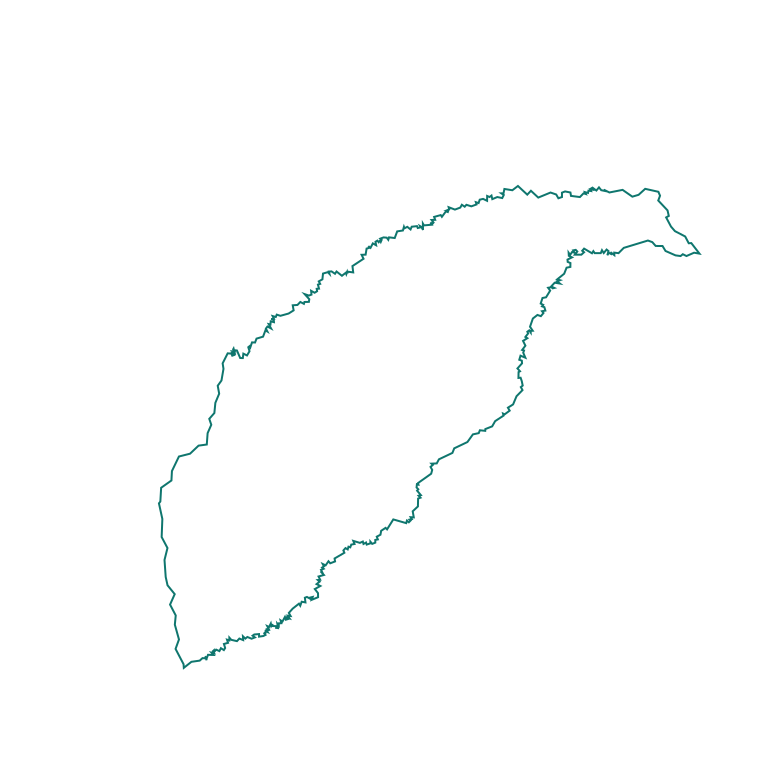 Paz De Ariporo, Casanare, Colombia (Natural Earth projection), rotated 141°
{"feature_id": "7082276B32488030547396", "entity_name": "Paz De Ariporo", "entity_type": "district", "adm_level": 2, "iso_a3": "COL", "parent_name": "Colombia", "parent_adm1": "Casanare", "projection": "natural_earth1", "projection_center": [-71.123, 5.772], "detail": "fine", "context": "isolated", "style": "outline", "palette": "teal", "viewbox_px": 768, "rotation_deg": 141, "n_neighbors": 0, "source": "geoboundaries", "source_scale": "gbopen_adm2", "svg_char_len": 6131}
<svg xmlns="http://www.w3.org/2000/svg" viewBox="0 0 768 768"><g transform="rotate(141 384 384)"><path d="M701.3,285.0L697.6,285.2L695.1,282.9L695.7,281.0L694.5,282.8L694.9,284.9L693.7,282.8L691.2,284.3L687.0,280.7L687.1,283.7L685.5,281.7L685.2,284.0L683.7,284.1L684.6,282.7L681.6,283.2L680.0,280.0L677.0,281.3L675.9,278.0L673.6,278.8L672.0,282.7L668.1,281.0L666.9,284.1L665.6,282.1L663.8,284.2L663.7,281.3L660.1,276.7L656.6,277.2L654.6,273.6L652.4,276.7L652.0,273.4L649.4,273.4L647.2,269.4L643.8,268.3L644.5,271.1L642.5,271.0L638.5,268.3L640.1,266.3L636.4,264.1L634.1,263.6L633.9,266.5L633.5,264.4L631.6,266.4L630.5,264.4L630.1,267.0L629.0,267.9L629.8,266.1L628.0,265.2L627.1,269.3L626.2,267.5L622.7,269.1L623.9,266.8L621.7,267.5L623.1,266.2L620.0,263.5L621.3,262.4L620.0,261.0L617.8,264.7L617.8,262.5L616.4,264.2L614.3,262.7L613.1,265.4L612.4,263.3L607.6,265.3L608.6,262.6L606.6,261.8L606.9,264.7L604.9,261.4L604.6,264.5L602.6,262.5L602.0,266.0L596.3,266.9L588.3,266.8L588.6,264.4L585.0,266.6L582.5,263.7L580.0,267.7L577.9,267.0L576.2,262.8L576.0,264.6L573.4,263.4L576.1,261.8L569.4,259.8L566.9,263.0L566.8,268.2L560.6,267.1L562.3,270.9L558.4,270.9L558.8,273.3L556.8,272.0L556.0,275.6L550.9,273.4L551.2,278.3L550.5,276.5L549.9,279.2L547.2,278.4L547.6,280.3L545.5,280.1L544.9,282.7L543.5,279.8L538.7,281.2L538.6,278.5L533.7,276.9L532.2,279.5L521.0,277.8L520.3,280.2L517.2,280.7L516.3,278.3L514.0,279.9L513.0,278.3L510.5,279.8L507.6,278.2L506.6,281.4L502.7,275.7L499.6,274.9L500.6,272.6L497.7,272.1L498.5,270.1L494.8,268.7L493.8,270.0L493.8,267.2L490.6,266.2L488.9,268.3L486.6,267.1L485.7,269.9L481.6,269.1L478.6,271.7L473.3,271.2L473.1,269.1L462.0,272.9L454.3,261.9L452.2,263.4L451.7,260.9L449.1,261.2L449.4,262.5L447.4,261.5L447.1,263.7L444.8,261.6L441.8,267.0L434.7,267.5L429.6,273.5L427.2,272.7L427.4,275.4L425.3,274.4L425.4,280.3L423.6,280.6L423.8,283.1L421.5,285.4L420.6,284.1L419.8,285.6L403.8,284.6L400.6,286.9L400.0,290.3L397.0,290.4L397.2,292.2L393.0,289.1L388.7,290.9L374.2,287.4L369.9,289.8L355.7,286.4L346.6,288.9L341.3,286.2L338.6,287.7L334.8,283.9L333.6,285.2L326.6,283.0L321.0,285.2L311.0,284.2L310.1,286.1L309.3,284.5L303.1,284.2L302.6,287.6L296.5,286.9L288.7,291.1L280.2,292.1L279.6,295.5L277.2,295.5L275.1,299.6L273.9,302.9L275.7,304.1L271.9,308.6L270.3,308.3L270.5,312.1L263.7,313.2L262.2,315.4L263.6,317.7L260.1,320.1L257.6,315.5L256.1,320.7L254.1,321.9L255.2,323.5L250.0,324.8L248.8,330.0L243.8,329.4L244.5,331.6L240.1,332.6L239.7,334.4L237.4,334.3L237.6,331.7L236.6,333.0L234.9,331.8L234.5,336.6L227.1,341.2L221.3,341.1L219.4,338.0L215.4,338.8L215.4,341.1L212.4,339.5L211.0,342.8L212.3,344.9L210.5,345.3L211.6,347.9L206.7,351.1L203.5,349.4L196.1,352.0L195.9,355.5L193.0,353.9L192.7,352.2L191.2,351.5L192.7,354.6L187.6,355.3L184.1,351.4L184.9,354.9L181.9,353.9L183.5,356.3L174.6,356.3L168.9,359.5L165.5,357.7L163.0,360.7L164.4,363.3L163.1,365.2L158.2,364.1L159.7,367.3L157.9,369.8L158.1,367.2L154.8,368.2L153.3,366.2L152.9,368.8L150.6,367.6L150.4,365.3L154.3,364.4L149.2,360.3L145.6,360.5L146.1,362.8L143.3,363.3L140.1,354.7L137.7,355.5L137.9,353.1L133.2,349.3L130.4,350.8L130.8,347.5L126.4,348.4L125.9,346.0L129.4,343.5L126.7,344.5L125.3,341.1L125.0,343.9L123.9,339.2L122.4,341.2L119.4,338.1L112.0,338.9L88.6,329.4L86.2,325.4L86.0,320.3L80.7,316.0L81.5,310.2L76.5,300.5L73.0,296.8L70.1,296.8L68.4,293.1L60.4,290.9L56.8,286.8L56.5,300.1L58.6,301.6L57.1,309.1L61.7,319.7L61.9,325.7L59.9,335.9L56.9,335.4L54.4,340.5L55.4,354.0L51.0,356.6L49.8,360.7L58.2,371.3L67.1,370.8L73.1,373.3L76.4,384.7L88.3,391.0L90.9,396.7L91.0,395.2L93.2,397.9L93.2,401.5L97.2,400.7L98.4,405.4L99.9,405.6L99.8,403.9L101.3,405.5L101.7,403.7L103.4,405.6L105.2,404.1L107.1,406.7L107.6,404.6L108.9,406.6L114.1,406.0L120.3,412.5L118.6,415.5L122.1,419.7L125.3,420.7L128.0,417.3L131.6,418.6L130.9,422.9L134.1,428.0L146.8,431.8L148.2,441.7L153.5,441.0L155.3,453.6L162.3,453.8L167.7,459.8L171.1,457.0L172.8,458.3L172.0,455.5L175.1,454.1L178.3,458.0L183.5,459.5L181.9,462.8L184.3,462.9L185.5,465.2L188.6,461.5L190.5,465.5L193.6,467.0L196.6,465.1L198.2,467.5L199.1,465.3L204.3,467.1L207.2,471.4L209.7,471.0L210.7,474.3L213.7,473.1L219.1,474.9L222.5,480.7L223.4,478.7L225.9,479.4L224.9,478.3L226.2,477.5L227.2,479.2L233.8,477.5L233.6,479.6L239.9,482.3L240.9,479.4L243.8,481.5L243.9,478.3L245.5,478.0L246.3,480.2L246.6,477.7L253.1,482.1L252.8,484.2L256.7,479.2L256.1,482.7L256.6,484.0L256.9,482.7L259.6,484.0L259.0,485.9L263.5,488.8L266.1,487.4L267.0,491.5L270.1,492.1L269.6,493.6L272.7,491.4L277.7,494.3L283.8,490.7L287.8,494.8L289.9,493.4L289.8,496.0L292.1,498.2L295.4,499.3L295.1,497.5L297.0,496.5L296.6,498.0L298.9,497.5L298.9,499.6L301.1,499.9L302.8,496.8L304.2,500.3L308.8,498.3L309.4,501.0L309.4,498.9L312.3,500.2L316.9,496.1L320.1,498.5L321.1,494.2L334.3,495.5L337.7,490.1L341.4,494.0L342.7,493.0L342.1,494.3L344.1,493.1L343.6,494.5L348.6,494.6L350.1,501.3L352.7,500.5L353.9,504.5L356.1,506.1L357.1,503.9L357.3,506.3L361.9,508.2L366.0,504.1L370.1,504.8L370.6,502.0L372.8,502.8L374.5,499.0L376.4,500.3L377.6,498.2L380.5,498.6L382.0,502.3L384.1,499.1L386.7,500.0L389.1,503.8L388.7,496.9L390.7,495.1L394.2,497.8L395.8,496.7L397.4,500.4L401.5,499.9L405.4,502.6L407.9,498.1L413.8,498.8L421.6,502.2L423.7,505.4L425.9,504.2L427.8,506.9L428.5,503.9L430.8,505.5L429.3,503.2L430.6,501.3L432.6,504.0L434.8,501.7L435.9,503.1L436.8,498.2L438.4,502.0L440.9,501.4L441.6,498.2L442.4,500.3L448.2,496.9L454.5,499.5L458.1,497.4L460.4,499.4L464.8,496.6L464.5,498.0L466.3,498.0L467.9,494.1L472.5,492.4L474.2,496.1L477.4,493.0L479.4,494.7L477.2,502.6L479.3,504.7L478.6,506.2L479.4,505.9L479.7,503.3L481.3,504.8L480.8,500.2L482.3,502.7L482.4,500.9L484.1,501.5L483.5,503.7L486.2,506.2L496.4,501.6L499.2,496.8L508.1,489.0L514.3,487.3L518.2,480.2L526.9,475.5L534.1,468.2L541.7,466.9L543.9,461.0L552.0,456.8L559.8,448.5L566.9,452.8L578.6,451.9L589.0,456.7L603.6,449.8L609.9,442.8L622.5,443.6L631.8,433.4L634.0,432.9L641.2,418.6L653.1,405.0L655.5,392.8L665.3,385.4L675.1,371.4L678.9,363.8L678.9,352.4L689.1,347.2L691.5,335.2L698.0,328.6L704.1,314.5L712.7,309.3L716.1,292.4L718.2,289.4L708.5,289.3L701.3,285.0Z" fill="none" stroke="#0f766e" stroke-width="2"/></g></svg>